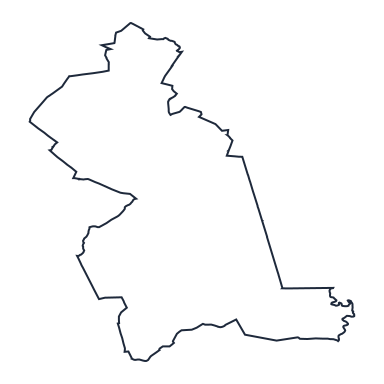 the district of Daukstu pag., Gulbene, Latvia
{"feature_id": "27541924B23871708016043", "entity_name": "Daukstu pag.", "entity_type": "district", "adm_level": 2, "iso_a3": "LVA", "parent_name": "Latvia", "parent_adm1": "Gulbene", "projection": "natural_earth1", "projection_center": [26.741, 57.077], "detail": "fine", "context": "isolated", "style": "outline", "palette": "slate", "viewbox_px": 384, "rotation_deg": 0, "n_neighbors": 0, "source": "geoboundaries", "source_scale": "gbopen_adm2", "svg_char_len": 5739}
<svg xmlns="http://www.w3.org/2000/svg" viewBox="0 0 384 384"><path d="M338.1,341.1L338.6,340.6L338.9,340.1L339.0,339.0L338.6,337.7L338.5,336.9L338.5,336.0L338.7,335.6L339.1,335.2L340.8,334.2L342.2,333.7L344.3,332.1L344.7,331.5L345.2,330.6L345.0,329.9L343.5,327.5L343.3,327.1L343.3,326.6L343.5,326.2L343.8,325.9L344.6,325.6L346.1,325.3L346.8,325.1L347.8,324.5L348.0,324.2L348.0,323.7L346.8,322.3L345.7,321.5L343.9,320.9L342.5,319.7L342.4,319.5L342.4,319.1L342.6,318.7L344.4,317.8L346.8,315.9L347.8,315.9L350.0,316.1L351.1,316.6L351.7,316.7L353.3,316.6L354.2,316.2L354.3,315.9L354.1,315.6L354.2,314.3L354.1,314.1L353.1,313.2L352.9,312.5L352.9,312.3L353.2,311.9L353.2,311.6L353.2,311.4L352.2,310.6L352.6,307.6L352.5,305.6L352.5,304.2L352.3,303.5L351.1,301.7L350.9,301.1L349.5,300.5L348.5,300.3L348.0,300.4L347.8,300.5L348.4,301.6L348.9,302.1L350.2,303.0L350.3,303.3L350.2,303.5L349.9,303.9L349.0,304.5L348.8,304.8L348.5,305.7L347.4,306.1L346.3,306.2L345.0,306.2L343.0,306.0L342.3,305.8L341.9,305.5L341.7,304.2L341.4,303.5L340.8,303.1L339.4,302.6L338.9,302.9L338.9,303.3L339.0,303.8L339.3,304.1L339.2,304.5L338.8,304.9L338.4,305.1L337.0,305.6L335.9,305.7L334.5,305.0L332.1,304.5L331.6,304.3L331.3,304.1L331.4,303.6L331.4,303.3L331.9,302.7L332.5,302.4L334.4,301.9L334.9,301.7L335.9,301.2L336.2,300.9L336.4,300.5L336.4,300.3L334.6,298.7L334.1,298.3L333.6,297.6L333.0,297.4L330.9,297.1L330.4,296.8L330.1,296.2L330.0,295.3L330.2,293.2L329.8,292.6L329.6,291.3L329.5,291.0L329.6,290.3L330.3,289.0L330.7,288.7L331.1,288.5L331.7,288.3L333.1,288.1L333.2,287.9L290.1,288.4L289.7,288.4L286.0,288.4L282.3,288.3L282.4,288.2L280.9,282.9L278.5,274.8L278.5,274.6L277.4,271.2L267.0,237.0L267.1,236.8L262.3,221.3L262.4,221.0L262.2,221.0L258.3,208.3L257.9,207.4L257.6,206.4L257.6,205.9L254.0,194.5L252.9,191.1L250.2,182.0L249.5,180.0L248.0,174.9L247.8,174.7L242.3,156.8L238.6,156.7L234.5,156.3L226.8,155.7L228.8,150.3L228.7,150.3L228.8,150.2L230.4,146.3L232.5,140.5L230.1,138.1L230.1,137.8L228.2,135.8L227.4,135.2L227.5,135.2L228.2,130.0L222.0,130.8L215.5,124.1L199.0,116.9L201.5,114.4L201.5,114.2L200.9,112.0L198.8,111.2L187.6,107.8L185.1,106.9L184.5,107.0L184.1,107.4L182.2,109.3L181.9,109.7L179.8,111.7L179.4,111.9L172.1,114.0L170.5,114.9L169.3,113.1L168.8,112.0L168.7,111.2L168.7,109.0L168.3,104.7L168.2,103.8L168.1,101.8L168.3,101.6L168.6,100.9L168.6,100.5L169.0,100.0L170.2,99.0L170.8,98.6L170.6,98.5L172.8,97.4L175.1,95.9L175.5,95.4L175.4,95.3L176.8,93.7L173.7,91.2L172.1,89.1L172.4,85.8L167.7,84.6L161.6,83.1L163.4,79.4L164.1,77.8L165.1,75.9L172.3,65.9L171.9,65.8L176.5,59.2L178.4,56.6L178.1,56.5L178.5,56.0L178.8,55.8L179.4,55.0L179.6,55.0L181.9,51.8L179.5,52.2L177.6,51.1L177.0,50.9L176.9,50.7L177.7,50.1L178.8,49.3L179.1,49.0L179.8,48.0L179.8,47.8L179.6,47.5L179.8,47.2L179.4,46.4L177.8,45.7L177.4,45.1L176.9,44.8L176.3,44.6L175.5,44.0L174.8,42.6L174.6,41.9L173.7,41.5L171.7,40.8L170.6,40.8L168.8,40.0L168.2,39.6L167.7,38.8L167.5,38.7L167.1,38.7L165.5,37.9L164.2,38.3L163.4,39.1L161.9,39.1L157.1,39.5L149.0,38.2L150.0,36.7L145.1,33.4L142.8,30.5L143.3,29.4L136.7,25.9L133.1,24.0L131.0,23.0L130.3,23.1L121.2,30.8L116.1,32.6L115.3,35.6L115.4,35.8L114.5,42.9L114.4,43.1L110.3,43.8L101.8,45.2L105.8,47.1L110.6,49.1L106.4,49.9L106.1,50.8L105.1,55.3L106.6,58.0L106.5,58.4L108.8,62.2L108.7,64.0L108.8,64.2L108.7,64.6L108.7,70.6L102.6,71.8L93.1,73.2L82.5,74.5L77.2,75.3L70.5,76.2L69.2,76.2L68.6,77.2L67.3,78.9L64.1,83.5L62.1,86.6L52.6,93.5L50.5,94.9L49.2,95.9L48.8,96.0L46.9,97.4L43.3,101.6L34.2,112.0L30.1,119.0L30.2,120.5L29.7,121.7L38.2,128.4L44.3,132.7L47.8,135.6L51.2,138.1L57.2,142.4L54.9,144.3L53.9,145.7L53.7,146.3L53.1,146.6L52.5,147.0L52.8,147.5L52.2,148.2L51.7,149.4L51.4,149.8L50.8,150.1L49.7,150.3L51.6,152.0L53.1,153.3L54.3,154.4L57.5,157.2L62.9,161.2L67.3,164.8L71.5,167.8L76.3,171.8L73.3,178.1L74.4,178.1L77.7,178.7L78.0,178.9L78.8,178.8L79.2,178.8L79.5,178.9L79.4,179.3L80.7,179.2L82.8,179.4L83.2,179.5L85.4,179.2L87.9,179.0L89.3,179.5L95.2,182.1L98.9,183.5L111.8,189.3L120.4,192.7L123.2,193.2L130.0,193.9L136.1,198.7L134.7,199.0L133.6,199.6L133.3,199.9L132.2,201.8L131.4,202.5L130.4,203.8L129.2,204.7L127.6,205.3L125.9,206.2L125.3,206.7L124.8,207.3L124.8,208.7L124.7,209.0L123.1,211.1L119.6,214.8L118.3,215.9L117.0,216.7L111.4,219.7L106.5,223.1L99.2,227.1L97.5,227.1L95.5,226.4L93.5,226.3L92.5,226.4L89.5,227.2L89.4,228.0L89.5,228.5L89.4,228.9L88.8,230.1L88.4,232.2L88.5,232.9L88.1,233.7L87.3,235.3L86.4,236.7L84.2,238.5L83.8,239.6L83.1,240.6L83.2,241.9L84.0,242.9L83.2,244.1L82.7,245.6L82.7,246.0L83.1,246.5L83.2,247.0L83.1,247.6L83.1,248.2L83.5,249.4L84.0,250.1L84.2,250.6L83.7,251.4L83.6,252.0L82.9,253.0L81.1,254.6L80.6,254.7L80.0,254.9L79.5,255.5L78.6,255.8L77.9,256.0L77.1,255.9L78.2,258.0L80.8,263.5L81.6,265.4L82.9,267.7L92.3,286.1L94.0,289.5L99.0,299.1L105.0,297.7L121.6,297.3L123.6,301.0L124.2,302.7L126.8,307.7L121.1,312.4L118.9,316.5L118.9,320.1L119.1,323.2L117.8,323.5L119.0,327.3L120.6,333.4L122.2,338.1L123.5,343.5L124.9,348.2L124.9,348.6L124.9,349.3L124.6,351.8L128.4,351.5L132.0,358.7L131.9,358.8L134.2,359.8L135.5,359.9L137.8,359.5L139.3,359.5L143.1,360.6L145.1,361.0L146.5,360.9L148.1,360.0L150.3,356.8L151.2,355.9L156.7,352.1L159.2,350.3L159.0,350.2L159.6,348.6L162.5,346.6L162.8,346.4L169.6,346.4L172.0,344.5L173.9,342.9L172.9,341.5L172.9,341.2L176.9,333.8L179.3,331.8L181.5,330.3L191.8,329.7L196.7,327.7L202.8,323.9L203.0,323.9L205.2,324.7L211.3,324.6L214.6,325.5L218.2,326.7L218.2,326.8L220.2,327.2L221.7,327.0L223.2,326.5L224.6,325.8L225.4,324.9L236.2,319.5L245.0,334.7L276.6,340.6L297.3,337.4L297.9,337.4L298.8,337.8L299.7,338.7L300.2,338.8L307.4,339.0L315.7,338.4L323.6,338.7L327.9,338.7L330.1,339.1L333.4,339.2L337.9,340.6L338.1,340.8L338.0,341.0L338.1,341.1Z" fill="none" stroke="#1e293b" stroke-width="2"/></svg>